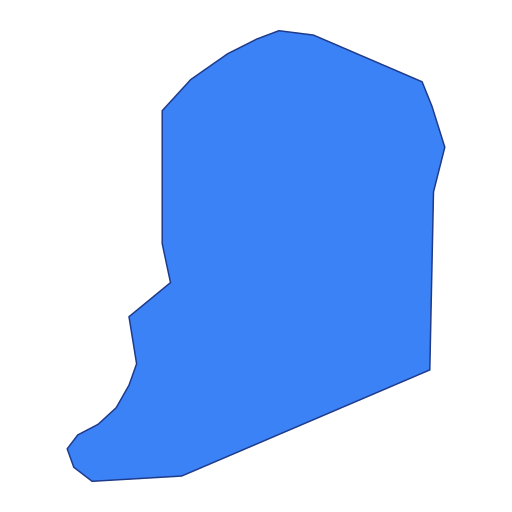 the border of Štore
{"feature_id": "SVN-997", "entity_name": "Štore", "entity_type": "Municipality", "adm_level": 1, "iso_a3": "SVN", "parent_name": "Slovenia", "parent_adm1": "", "projection": "albers", "projection_center": [15.32, 46.198], "detail": "fine", "context": "isolated", "style": "filled", "palette": "blue", "viewbox_px": 512, "rotation_deg": 0, "n_neighbors": 0, "source": "natural_earth", "source_scale": "10m", "svg_char_len": 408}
<svg xmlns="http://www.w3.org/2000/svg" viewBox="0 0 512 512"><path d="M278.9,30.7L313.5,35.1L422.1,81.8L431.9,106.1L444.8,147.2L433.5,191.9L429.8,369.9L181.7,476.0L92.1,481.3L73.8,467.3L67.2,448.8L77.8,434.9L98.1,424.3L116.2,407.7L129.0,385.2L136.6,363.8L129.0,316.7L170.5,282.6L162.2,243.6L162.2,110.7L190.8,79.5L227.7,53.7L257.1,38.9L278.9,30.7Z" fill="#3b82f6" stroke="#1e3a8a" stroke-width="1.5"/></svg>